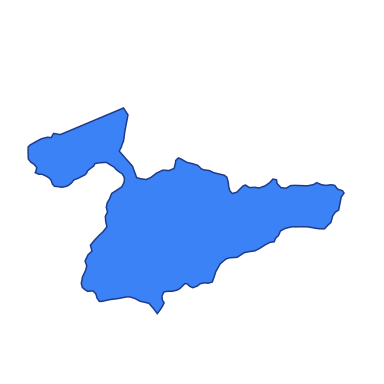 the district of Muallim, Perak, Malaysia, rotated 70°
{"feature_id": "92858781B90954683120897", "entity_name": "Muallim", "entity_type": "district", "adm_level": 2, "iso_a3": "MYS", "parent_name": "Malaysia", "parent_adm1": "Perak", "projection": "natural_earth1", "projection_center": [101.452, 3.898], "detail": "fine", "context": "isolated", "style": "filled", "palette": "blue", "viewbox_px": 384, "rotation_deg": 70, "n_neighbors": 0, "source": "geoboundaries", "source_scale": "gbopen_adm2", "svg_char_len": 2592}
<svg xmlns="http://www.w3.org/2000/svg" viewBox="0 0 384 384"><g transform="rotate(70 192 192)"><path d="M143.1,312.5L143.7,308.1L143.4,305.3L142.4,302.4L140.2,298.7L140.2,294.8L139.3,286.8L138.0,284.3L136.5,283.2L135.2,279.6L134.0,275.6L132.1,273.5L132.7,269.8L133.7,266.2L134.9,262.3L138.7,259.4L141.8,256.8L145.2,255.4L148.1,253.6L150.9,251.4L154.3,250.7L156.8,251.1L159.6,252.5L163.1,256.1L164.6,262.3L165.9,268.0L170.0,271.6L173.1,275.3L177.1,277.8L181.8,278.2L185.3,281.8L190.3,283.2L193.7,283.6L195.6,283.9L199.0,289.4L200.6,293.3L204.0,300.2L207.2,305.6L210.9,306.0L213.4,306.3L215.3,311.0L220.3,316.1L225.3,316.1L229.1,318.6L234.4,324.0L240.0,327.3L244.1,327.7L246.9,326.2L249.7,324.0L251.0,319.0L254.7,317.2L259.1,317.5L263.2,316.5L264.1,313.2L265.0,306.0L266.9,297.7L268.2,289.4L269.4,286.1L272.8,281.8L276.9,278.2L279.4,274.2L281.9,270.6L288.5,268.0L294.4,266.2L291.6,261.9L289.4,259.0L286.6,256.1L283.5,256.8L279.4,255.8L276.3,252.5L276.9,249.2L278.5,244.6L279.1,239.5L278.5,236.2L275.7,230.1L276.6,227.9L279.7,226.5L282.2,224.0L282.2,219.3L281.0,215.6L281.6,211.3L283.2,208.1L283.5,203.7L279.7,200.5L275.0,196.9L269.1,190.0L266.6,183.1L266.6,179.5L268.8,171.9L267.8,167.6L266.9,163.6L267.5,159.3L268.8,153.1L268.2,148.1L266.6,140.9L266.0,135.8L266.9,131.8L264.1,129.3L262.5,125.7L258.8,122.1L258.1,116.7L258.8,110.2L260.3,106.2L261.9,101.5L264.4,95.0L267.8,89.2L270.0,85.2L271.9,80.2L271.8,79.9L269.7,75.8L268.1,71.9L262.5,67.9L260.0,64.3L259.1,60.3L257.2,59.2L247.8,53.5L245.0,49.5L242.2,50.2L239.1,54.2L236.0,55.2L234.7,55.6L232.8,58.5L231.6,63.9L229.4,67.9L225.9,71.5L226.6,75.5L225.6,81.6L222.8,88.5L220.9,93.2L219.7,97.2L220.6,102.2L218.4,106.9L213.1,109.1L209.4,108.4L207.5,111.6L209.7,115.6L211.2,121.0L211.2,127.5L209.0,131.5L207.5,136.5L203.7,139.4L203.7,141.9L207.5,149.9L207.2,154.6L204.0,156.0L199.7,155.7L195.3,154.6L190.0,154.2L187.2,156.0L184.3,160.4L181.2,165.1L177.8,168.3L175.0,173.7L173.1,175.5L169.0,177.4L165.6,181.7L162.4,186.7L157.1,191.1L155.3,193.2L156.8,196.5L159.6,197.9L163.7,200.8L164.0,206.3L161.5,211.7L162.1,218.9L164.3,225.8L164.6,230.8L162.1,235.5L159.6,239.1L147.4,239.1L128.7,246.4L125.2,242.7L123.7,241.7L120.9,239.1L117.7,237.3L112.1,234.4L97.7,225.8L89.6,227.6L93.0,296.2L89.6,302.0L91.1,303.8L92.7,305.6L91.1,309.2L90.5,314.6L90.8,318.3L92.4,328.0L93.6,330.5L97.4,332.0L101.5,333.4L104.9,334.5L108.6,333.4L112.1,330.9L115.5,329.5L118.3,330.9L120.2,332.7L122.7,330.2L124.0,326.9L127.1,323.7L129.9,321.5L132.4,320.4L136.8,320.4L139.6,319.3L140.6,317.2L140.7,316.9L143.1,312.5Z" fill="#3b82f6" stroke="#1e3a8a" stroke-width="1.5"/></g></svg>